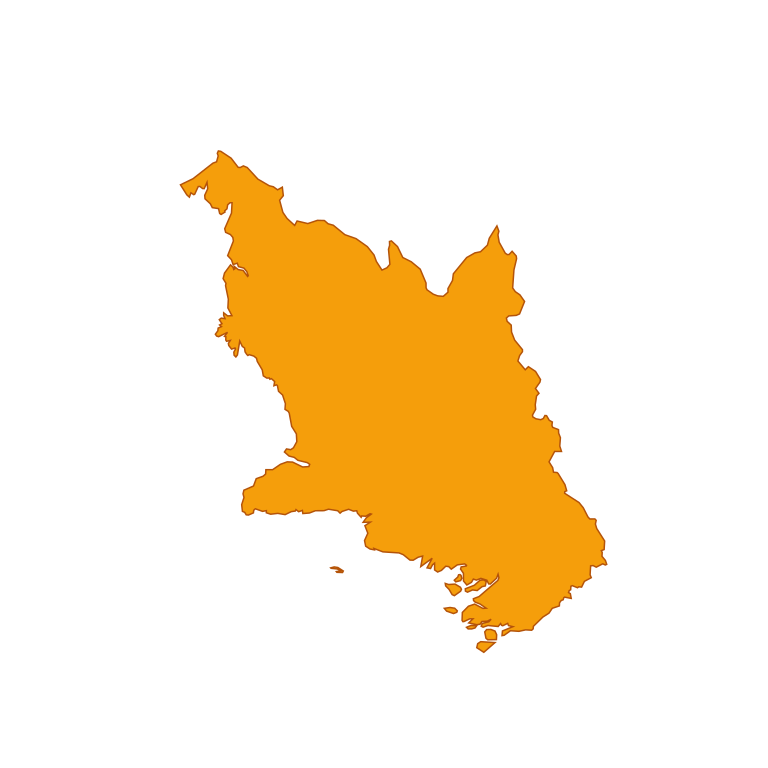 map outline of Kalimantan Timur (Natural Earth projection), rotated 137°
{"feature_id": "IDN-1185", "entity_name": "Kalimantan Timur", "entity_type": "Province", "adm_level": 1, "iso_a3": "IDN", "parent_name": "Indonesia", "parent_adm1": "", "projection": "natural_earth1", "projection_center": [116.728, 1.017], "detail": "fine", "context": "isolated", "style": "filled", "palette": "amber", "viewbox_px": 768, "rotation_deg": 137, "n_neighbors": 0, "source": "natural_earth", "source_scale": "10m", "svg_char_len": 6177}
<svg xmlns="http://www.w3.org/2000/svg" viewBox="0 0 768 768"><g transform="rotate(137 384 384)"><path d="M393.3,99.5L397.3,105.0L398.3,105.1L400.1,104.0L402.0,104.8L404.8,104.3L407.1,102.1L413.9,105.2L419.6,103.9L426.7,105.2L440.0,104.9L441.9,103.2L443.9,103.2L448.1,107.6L454.0,111.1L459.8,117.3L467.5,118.3L469.3,119.5L465.8,122.6L455.2,118.6L457.7,122.4L456.8,124.6L462.0,126.2L462.6,127.3L462.1,129.3L465.9,128.8L472.7,136.5L477.4,138.6L478.1,140.6L475.4,141.8L469.5,138.6L466.1,138.9L470.2,140.1L474.4,143.6L477.6,142.8L480.3,144.7L485.0,151.5L479.1,151.6L481.5,153.8L487.5,155.7L488.4,156.4L488.1,157.9L482.5,163.5L473.8,163.9L467.8,161.2L464.7,152.4L462.2,150.4L463.8,157.6L466.1,162.4L466.2,164.5L465.1,166.0L459.4,163.7L434.7,162.7L432.1,163.9L430.3,167.1L434.1,165.2L442.6,165.2L443.8,166.4L442.6,170.4L445.7,175.8L450.2,177.6L451.7,180.4L455.3,179.3L460.5,180.5L460.2,185.7L455.0,191.4L454.2,196.5L452.3,197.6L448.0,194.8L447.3,195.1L447.7,197.4L453.7,201.7L461.1,202.7L461.2,206.3L463.1,208.6L469.1,208.5L473.0,209.9L473.8,213.5L469.2,218.5L471.8,218.7L475.8,217.3L477.9,220.2L467.6,223.7L481.6,225.4L473.1,231.8L477.1,234.0L482.8,235.2L485.1,237.5L486.3,246.0L488.2,250.2L499.3,262.0L503.5,270.6L504.1,269.2L506.8,272.9L508.0,277.9L505.0,282.8L497.6,285.9L494.6,293.4L488.2,292.3L493.6,297.1L488.1,298.2L482.0,297.5L482.6,298.6L487.6,299.8L490.3,302.7L491.6,302.1L491.5,307.6L490.4,309.9L493.1,311.9L495.3,316.5L501.6,319.4L504.2,319.5L504.3,322.9L510.0,330.3L514.3,332.3L520.6,338.1L526.5,340.5L531.7,344.6L529.9,347.2L533.5,348.8L534.0,352.2L535.5,351.6L538.9,353.9L545.4,355.9L549.9,361.8L555.7,366.1L557.9,370.1L556.4,371.6L559.7,373.7L563.2,380.5L565.4,380.5L567.4,378.8L572.5,380.6L574.0,382.3L573.4,385.1L574.4,387.4L570.4,392.8L563.8,396.5L562.0,399.8L558.9,401.9L549.0,398.4L542.0,401.9L535.3,399.0L532.0,398.9L528.8,401.9L523.9,397.3L514.5,395.9L507.9,393.1L504.1,389.2L500.1,378.8L495.3,374.9L493.1,375.9L493.7,378.8L499.0,386.9L499.7,391.6L502.6,396.1L503.2,402.2L499.6,403.0L497.0,399.6L493.7,399.1L487.1,401.3L482.1,407.3L480.4,416.0L473.2,427.3L472.7,429.3L473.7,433.0L469.5,436.9L465.7,445.1L466.1,450.6L463.0,455.6L463.2,456.7L465.7,457.8L462.3,460.4L462.7,464.7L464.2,465.3L463.7,466.5L465.7,468.3L466.7,472.3L463.4,477.4L461.3,486.9L459.7,489.8L460.2,493.3L462.6,497.4L464.1,497.7L464.2,499.1L463.7,502.2L461.4,505.5L462.0,508.1L460.2,513.8L471.4,505.2L473.9,504.8L474.0,507.3L472.1,509.7L468.7,510.9L468.4,511.9L471.7,513.5L471.3,518.0L470.2,519.8L466.7,520.7L470.0,522.6L469.7,524.1L467.4,526.4L468.2,527.6L463.2,528.5L472.7,531.4L473.7,533.2L473.4,535.4L469.2,536.2L467.2,538.0L463.7,536.8L464.0,539.3L461.4,538.6L460.6,543.4L458.1,543.2L455.7,540.2L454.5,543.5L452.7,545.4L451.9,540.4L448.6,537.7L446.3,546.1L440.0,552.2L432.8,564.0L430.9,565.4L429.8,570.8L425.0,573.9L415.0,575.8L414.8,572.3L415.8,570.2L414.4,570.0L413.3,572.0L412.6,567.1L409.6,563.1L410.4,555.7L409.4,555.8L407.7,559.7L407.4,564.3L410.4,569.1L408.9,572.4L412.9,574.3L410.8,578.9L410.8,584.5L396.6,591.3L394.6,594.3L394.4,598.0L396.4,602.9L394.6,606.2L379.0,613.0L371.5,620.2L373.0,621.6L376.1,621.7L379.4,619.2L382.4,619.3L383.0,618.2L387.5,619.1L387.9,620.8L385.4,625.1L389.3,630.1L388.1,634.3L388.6,641.5L386.4,644.3L379.8,647.0L375.9,652.2L382.3,649.5L383.4,650.7L383.9,654.0L385.2,655.1L393.0,651.9L394.0,652.2L394.8,655.5L398.9,653.4L399.2,656.8L397.0,668.5L383.7,664.4L358.5,662.2L354.9,660.7L349.7,663.9L348.6,666.4L346.2,667.4L344.7,665.5L341.8,653.4L342.9,641.9L341.5,640.4L338.1,639.4L336.4,635.6L336.5,619.8L332.7,607.2L330.4,603.7L329.4,598.6L324.1,597.3L329.2,590.4L335.0,589.6L340.9,578.5L342.0,571.2L341.2,560.9L336.4,562.5L330.3,553.3L321.1,549.1L316.1,544.2L315.6,539.3L312.8,534.7L310.8,519.9L305.3,509.4L302.5,495.8L303.3,485.2L306.0,478.8L307.8,468.7L302.6,467.0L298.1,467.5L288.8,479.5L285.3,481.6L282.8,484.5L281.0,483.6L280.4,475.3L284.0,463.7L280.7,454.8L279.2,443.3L284.4,429.2L287.6,425.7L288.3,423.5L286.7,416.0L284.6,411.8L280.9,407.7L274.6,407.5L272.1,410.2L263.3,413.0L258.1,417.3L237.3,420.1L228.1,417.9L223.2,414.9L213.7,415.0L207.6,418.8L193.6,422.6L195.8,417.4L199.0,415.3L203.1,409.1L206.1,397.0L205.6,394.6L204.2,393.4L199.8,393.7L200.0,387.4L201.6,385.2L211.2,378.8L224.4,366.5L225.0,362.0L223.8,356.5L224.9,348.5L237.1,342.8L240.5,344.0L246.3,348.7L249.5,348.8L251.2,345.9L250.8,340.3L255.3,335.0L258.5,327.0L259.3,314.7L260.7,313.2L265.4,312.3L270.4,309.5L271.0,298.1L266.6,298.2L264.6,289.9L266.5,280.5L268.7,279.0L276.3,277.4L277.0,271.5L280.6,271.2L287.5,265.7L290.3,262.1L296.6,260.0L297.6,258.4L296.6,254.9L293.7,251.0L291.0,250.1L287.8,251.2L286.7,250.0L287.9,244.7L286.8,241.4L289.4,239.2L290.2,237.2L287.5,231.6L289.8,228.9L291.6,224.4L297.8,218.7L300.2,213.6L305.2,218.3L316.4,214.5L317.7,207.8L320.2,203.9L317.8,201.2L317.7,199.7L320.3,187.0L323.2,181.3L325.2,182.0L326.4,180.9L322.2,164.2L322.7,157.5L325.5,147.7L325.5,144.9L321.8,141.5L321.8,139.6L324.9,137.4L327.0,133.2L329.7,118.7L335.9,112.8L338.7,113.9L339.3,112.0L342.1,109.3L342.4,104.0L344.1,100.2L345.6,100.7L346.6,103.3L353.7,105.3L354.9,108.6L356.9,110.1L363.4,103.9L364.5,101.0L372.0,103.0L378.0,100.7L379.9,102.9L381.4,103.0L383.8,108.1L385.3,108.6L387.8,106.2L389.4,106.6L391.3,105.6L390.7,103.6L393.3,99.5ZM465.7,177.0L464.2,178.8L455.2,175.2L447.8,175.0L444.8,172.9L443.9,169.9L447.6,167.2L450.5,168.9L456.7,169.4L459.7,173.0L464.9,174.8L465.7,177.0ZM469.3,180.2L476.9,181.2L477.8,183.5L476.5,189.4L476.6,194.3L475.2,196.4L473.5,193.3L468.5,189.2L466.7,183.2L467.4,181.0L469.3,180.2ZM479.2,119.2L494.0,119.7L496.0,127.9L492.6,130.2L489.0,129.6L479.2,119.2ZM476.1,120.4L482.6,126.2L482.8,128.6L479.4,134.0L476.4,134.4L473.2,131.6L471.3,127.6L472.6,123.8L476.1,120.4ZM493.1,175.2L492.9,178.8L488.1,175.5L485.2,171.8L485.1,168.1L486.5,167.4L489.7,168.7L493.1,175.2ZM462.1,188.0L466.5,190.4L466.4,192.6L461.7,192.5L459.6,193.6L458.4,192.8L458.2,191.5L459.6,188.8L462.1,188.0ZM489.6,149.8L485.1,148.1L481.1,144.0L483.8,143.5L486.8,145.0L489.5,147.5L489.6,149.8ZM544.4,280.7L548.4,285.3L548.4,285.9L545.2,284.2L542.9,281.3L541.3,275.0L542.9,274.4L546.9,278.4L546.8,279.3L542.6,276.5L544.4,280.7Z" fill="#f59e0b" stroke="#b45309" stroke-width="1.5"/></g></svg>